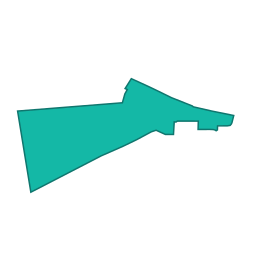 Ksar, Nouakchott, Mauritania (Natural Earth projection), rotated 261°
{"feature_id": "47542326B19939520283708", "entity_name": "Ksar", "entity_type": "district", "adm_level": 2, "iso_a3": "MRT", "parent_name": "Mauritania", "parent_adm1": "Nouakchott", "projection": "natural_earth1", "projection_center": [-15.967, 18.123], "detail": "fine", "context": "isolated", "style": "filled", "palette": "teal", "viewbox_px": 256, "rotation_deg": 261, "n_neighbors": 0, "source": "geoboundaries", "source_scale": "gbopen_adm2", "svg_char_len": 647}
<svg xmlns="http://www.w3.org/2000/svg" viewBox="0 0 256 256"><g transform="rotate(261 128 128)"><path d="M131.7,213.2L138.7,195.8L139.7,195.0L151.2,175.6L152.2,174.2L161.8,160.5L165.3,155.4L176.2,139.0L167.4,131.3L166.1,133.3L162.1,130.2L153.8,126.4L162.0,21.6L79.8,22.0L104.7,97.2L110.8,120.4L115.1,134.7L120.6,150.5L121.4,155.4L115.8,163.9L114.5,171.9L126.8,174.6L126.4,176.4L127.1,177.8L123.8,198.5L115.6,197.0L113.8,208.7L113.1,212.1L112.3,213.8L111.5,214.6L112.1,216.0L116.1,216.8L115.1,223.2L114.6,226.4L114.6,227.7L114.6,229.3L115.8,230.7L117.0,231.5L123.8,234.4L131.7,213.2Z" fill="#14b8a6" stroke="#0f766e" stroke-width="1.5"/></g></svg>